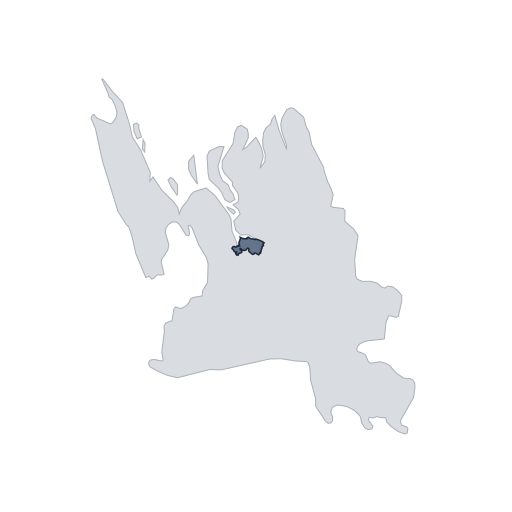 Munshiganj, Dhaka, Bangladesh shown in context, rotated 169°
{"feature_id": "16705992B99884694518333", "entity_name": "Munshiganj", "entity_type": "district", "adm_level": 2, "iso_a3": "BGD", "parent_name": "Bangladesh", "parent_adm1": "Dhaka", "projection": "natural_earth1", "projection_center": [90.458, 23.527], "detail": "fine", "context": "in_parent", "style": "filled", "palette": "slate", "viewbox_px": 512, "rotation_deg": 169, "n_neighbors": 0, "source": "geoboundaries", "source_scale": "gbopen_adm2", "svg_char_len": 8002}
<svg xmlns="http://www.w3.org/2000/svg" viewBox="0 0 512 512"><g transform="rotate(169 256 256)"><path d="M180.2,367.7L180.1,354.9L172.6,329.8L173.0,327.1L171.4,314.9L169.5,308.2L168.6,301.1L173.1,290.8L171.3,289.2L161.2,286.0L160.0,283.4L162.2,273.3L154.9,263.7L152.0,256.6L159.9,233.5L161.9,217.4L161.4,214.3L156.6,210.8L148.2,209.3L142.2,206.3L138.8,201.8L135.8,200.0L132.2,201.3L127.5,199.5L123.6,195.0L120.4,189.5L121.7,183.5L127.9,169.4L130.2,169.0L135.5,171.7L137.5,171.7L141.0,166.1L145.9,150.1L163.0,151.5L167.1,151.0L171.4,149.7L173.7,147.7L175.0,145.1L174.5,142.9L169.3,139.9L167.3,137.7L165.9,131.3L164.3,128.9L154.1,128.5L148.7,125.6L145.8,123.0L140.6,114.3L134.2,107.8L128.1,106.3L125.7,104.2L124.4,100.9L125.2,96.1L128.4,86.9L145.4,67.1L145.8,64.9L145.2,62.3L140.2,59.1L139.9,57.6L141.3,53.4L144.1,52.9L150.0,56.6L155.9,62.8L159.4,68.2L159.5,72.5L164.1,73.4L168.0,75.3L172.0,74.7L174.6,75.8L176.3,75.4L176.9,72.9L173.6,66.7L175.2,64.1L179.1,64.2L181.9,66.6L184.0,71.4L184.3,78.8L188.9,85.6L194.9,90.4L199.6,92.6L205.2,94.2L210.1,92.7L212.5,88.0L211.5,83.8L212.2,80.0L214.2,77.9L217.2,78.0L219.5,81.0L226.1,97.2L224.7,104.3L226.1,124.0L224.4,136.9L225.5,141.9L226.6,142.8L236.6,145.2L251.0,150.4L262.1,152.3L312.1,150.9L323.0,153.4L356.4,151.5L365.5,155.6L375.4,162.3L381.0,167.3L382.0,170.2L381.4,172.6L379.5,174.0L376.1,174.0L368.3,170.8L366.9,171.7L366.9,179.5L360.5,199.0L359.6,205.0L357.4,207.4L350.8,208.6L346.5,219.9L344.7,221.4L340.3,218.9L337.6,219.3L334.3,220.3L330.9,222.9L328.6,226.2L325.9,227.3L316.6,227.1L314.8,232.4L308.6,239.3L304.5,257.5L304.8,263.1L310.0,277.7L313.6,296.6L315.0,298.5L316.8,298.7L316.9,290.0L318.6,288.9L320.7,289.9L325.2,301.6L327.7,304.5L331.6,305.4L336.0,303.6L339.3,300.2L340.6,296.5L339.4,283.8L341.5,278.6L349.1,270.8L350.2,268.5L349.7,255.7L352.5,255.3L356.4,256.3L361.3,253.3L362.8,253.2L364.8,256.5L368.3,255.9L373.5,281.2L374.0,299.0L375.3,308.9L377.1,311.2L383.0,326.1L388.6,378.4L389.3,411.6L391.6,422.9L389.7,425.5L387.9,425.9L386.1,422.0L373.8,413.5L370.8,414.4L366.6,419.3L364.9,423.8L365.7,430.2L367.0,436.5L370.0,440.1L370.2,444.1L373.6,459.0L372.6,459.1L365.9,445.5L357.6,432.1L354.9,408.2L354.7,396.3L349.1,382.4L343.8,358.1L346.0,349.6L342.1,353.3L336.0,338.7L326.3,324.5L323.5,318.2L323.4,312.0L319.2,318.2L313.6,322.6L307.8,329.1L304.0,331.1L291.9,332.3L284.9,323.5L274.8,302.2L273.5,297.3L274.8,284.8L272.4,272.9L271.8,262.4L270.0,263.3L269.3,266.2L269.6,270.6L268.9,274.3L252.1,271.9L259.3,278.2L267.0,279.6L271.0,285.2L271.2,294.5L263.6,300.2L264.3,304.9L268.7,310.6L263.4,312.3L261.9,316.0L261.8,321.4L265.6,329.6L264.9,332.8L271.3,343.6L272.5,348.8L270.9,356.0L257.1,370.8L253.2,381.3L249.7,386.2L245.5,387.1L240.3,382.1L240.3,377.0L241.3,373.0L248.5,363.2L244.6,364.5L233.5,372.6L231.3,366.0L229.9,360.0L229.9,352.5L235.3,341.4L229.2,347.0L227.5,353.9L228.2,362.0L227.5,367.8L225.1,375.4L221.8,379.9L216.5,382.8L214.2,387.3L210.7,390.5L209.4,375.3L205.7,354.8L204.9,359.2L206.8,372.0L206.7,380.2L203.8,386.8L198.0,393.8L193.5,394.8L190.9,393.7L182.7,383.1L182.0,373.1L180.2,367.7ZM282.0,367.9L271.8,370.4L266.5,369.6L276.3,351.2L276.0,342.9L274.4,336.2L269.5,330.8L269.2,327.0L267.0,321.7L265.8,315.5L271.3,313.5L275.8,317.1L277.4,324.1L279.6,329.3L287.3,340.1L287.2,346.8L285.1,363.0L282.0,367.9ZM304.0,361.9L297.8,366.8L299.8,337.7L304.5,348.5L305.6,354.3L304.0,361.9ZM327.9,347.3L325.2,349.4L322.6,347.6L319.4,340.8L321.0,332.1L322.0,330.9L325.9,339.7L327.9,347.3ZM351.2,408.7L347.7,409.1L345.9,407.0L346.7,404.1L345.8,394.7L350.3,393.7L352.0,401.6L351.2,408.7ZM347.2,382.4L344.6,391.7L343.5,387.6L345.4,379.3L347.2,382.4ZM274.0,306.5L275.0,309.6L269.3,305.7L267.8,302.9L270.3,301.5L274.0,306.5Z" fill="#d9dde1" stroke="#a8b0b8" stroke-width="1"/><path d="M276.7,269.3L276.9,269.2L277.5,268.9L277.8,268.6L278.0,268.4L278.1,268.0L278.1,267.8L278.0,267.6L277.9,267.4L277.7,267.3L277.6,267.2L277.4,267.0L277.2,266.4L276.8,265.6L276.7,265.4L276.7,265.1L276.7,264.9L276.4,264.6L276.3,264.4L276.2,264.3L276.0,264.1L275.9,264.1L275.6,263.8L275.1,263.7L274.7,263.7L274.4,263.6L274.2,263.2L274.2,262.8L274.3,262.6L274.7,262.4L274.8,262.5L274.9,262.4L275.0,262.5L275.4,262.6L275.4,262.4L275.5,262.3L275.4,262.0L275.0,261.2L274.9,260.9L274.8,260.7L274.6,260.4L274.4,260.5L274.1,260.6L273.9,260.6L273.7,260.5L273.3,260.3L273.1,260.8L272.9,260.9L272.6,261.3L272.4,261.5L272.0,261.8L271.6,261.9L271.1,261.9L270.6,261.9L270.0,262.0L269.8,262.1L269.4,262.3L269.2,262.5L269.1,262.8L269.0,263.1L269.1,263.6L269.2,263.9L269.3,264.0L269.5,264.4L269.6,264.7L269.8,264.9L270.1,265.3L270.3,265.9L270.3,266.0L270.3,266.3L270.2,266.4L269.7,266.4L269.4,266.2L269.2,265.9L269.0,265.6L268.7,265.0L268.3,264.6L268.2,264.5L268.1,264.4L267.9,264.3L267.6,264.2L267.2,264.0L267.1,263.9L266.7,263.7L266.2,263.6L265.8,263.6L265.5,263.7L265.4,263.7L264.7,263.9L264.4,264.0L264.2,264.1L263.9,264.4L263.5,264.9L263.2,265.1L262.9,265.3L262.6,265.3L262.4,265.2L262.0,264.9L261.8,264.7L261.6,264.4L261.5,264.1L261.6,263.9L261.8,263.6L262.0,263.4L262.1,263.2L262.2,262.8L262.2,262.7L262.2,262.3L262.1,262.0L261.8,261.4L261.5,261.2L261.4,261.0L261.2,260.7L260.9,260.4L260.6,260.0L260.3,259.6L260.1,259.4L259.8,259.1L259.7,259.0L259.5,258.9L259.3,258.4L259.2,258.3L258.9,258.2L258.2,258.2L257.9,258.1L257.7,258.2L257.2,258.9L257.1,259.1L256.8,259.2L256.7,259.2L256.2,259.1L255.8,258.9L255.5,258.7L255.4,258.5L255.2,258.3L254.8,257.9L254.6,257.8L254.4,257.6L254.2,257.4L253.5,256.9L253.1,256.6L252.8,256.8L252.6,257.1L252.4,257.3L252.2,257.7L252.1,257.9L252.0,258.1L251.9,258.0L251.8,257.8L251.7,257.8L251.2,258.0L251.0,257.9L250.9,258.0L250.8,258.3L250.8,258.5L250.8,258.8L250.8,259.1L250.8,259.4L250.7,259.5L250.5,259.4L250.4,259.4L250.4,259.5L250.2,259.7L250.2,259.8L250.2,260.1L250.2,260.3L249.8,260.6L249.7,260.7L249.5,260.8L249.5,261.1L249.5,261.3L249.5,261.6L249.4,261.8L249.3,262.1L249.2,262.1L248.9,262.4L248.7,262.4L248.6,262.5L248.5,262.8L248.4,263.0L248.4,263.3L248.4,263.6L248.4,263.8L248.3,264.0L248.2,264.3L247.8,264.5L247.5,264.6L247.4,264.6L247.3,264.4L247.2,264.4L247.1,264.5L246.9,264.9L246.7,264.9L246.6,265.0L246.7,265.3L246.9,265.3L246.9,265.5L246.9,265.8L246.9,266.0L246.7,266.2L246.7,266.4L246.7,266.6L246.6,266.9L246.6,267.0L246.3,266.9L246.2,266.9L246.1,267.0L245.9,267.1L245.5,267.3L245.8,267.7L246.0,267.9L246.6,268.6L246.9,268.9L247.2,269.1L247.4,269.2L247.6,269.4L248.4,269.9L249.0,270.3L249.6,270.7L249.7,270.8L249.9,271.0L250.2,271.1L250.4,271.2L250.5,271.3L250.9,271.6L251.2,271.7L251.4,271.8L251.5,271.8L252.1,272.2L252.5,272.4L252.8,272.6L253.1,272.7L253.3,272.6L253.6,272.4L253.9,272.2L254.0,272.2L254.4,272.5L254.6,272.7L254.7,272.9L254.8,273.0L255.2,273.2L255.6,273.3L255.8,273.3L256.1,273.4L256.8,273.5L257.4,273.7L257.8,273.9L258.0,274.2L258.2,274.3L258.5,274.5L259.0,274.8L259.1,275.0L259.3,275.0L259.5,275.1L259.7,275.3L259.8,275.4L259.8,275.5L260.0,275.6L259.9,275.8L260.0,275.8L260.2,275.6L260.3,275.5L260.5,275.5L260.9,275.8L261.0,275.7L261.0,275.4L261.3,275.3L261.5,275.4L261.7,275.2L261.5,274.9L261.6,274.7L262.0,274.7L262.3,274.7L262.6,274.7L263.4,275.0L263.7,275.0L263.9,275.1L264.4,275.3L264.7,275.4L264.9,275.5L265.3,275.6L265.5,275.5L265.8,275.7L266.0,275.9L266.2,276.1L266.3,276.1L266.6,276.4L266.7,276.5L267.4,276.9L267.6,277.0L267.9,277.3L267.9,276.7L268.0,276.2L268.1,275.9L268.2,275.7L268.3,275.4L268.4,275.2L268.6,275.1L268.8,274.6L268.9,274.4L269.0,274.3L269.4,273.7L269.5,273.6L269.6,273.4L269.8,273.2L269.9,272.9L270.0,272.8L270.1,272.4L270.2,272.2L270.3,271.6L270.2,271.2L270.2,270.9L270.3,270.9L270.5,270.8L270.5,270.5L270.6,270.4L270.6,270.2L270.5,269.9L270.4,269.9L270.2,269.9L270.2,269.7L270.1,269.3L270.1,269.1L270.5,269.1L270.8,269.1L271.0,269.2L271.3,269.0L271.6,268.9L271.6,269.0L271.8,269.3L272.0,269.4L272.3,269.5L272.6,269.4L272.9,269.3L273.2,269.1L273.2,268.9L273.4,268.7L273.8,268.6L274.0,268.6L274.4,268.7L274.5,268.8L275.2,269.2L275.4,269.4L275.6,269.4L275.7,269.5L275.8,269.5L276.0,269.5L276.4,269.6L276.7,269.5L276.7,269.3Z" fill="#64748b" stroke="#1e293b" stroke-width="1.5"/></g></svg>